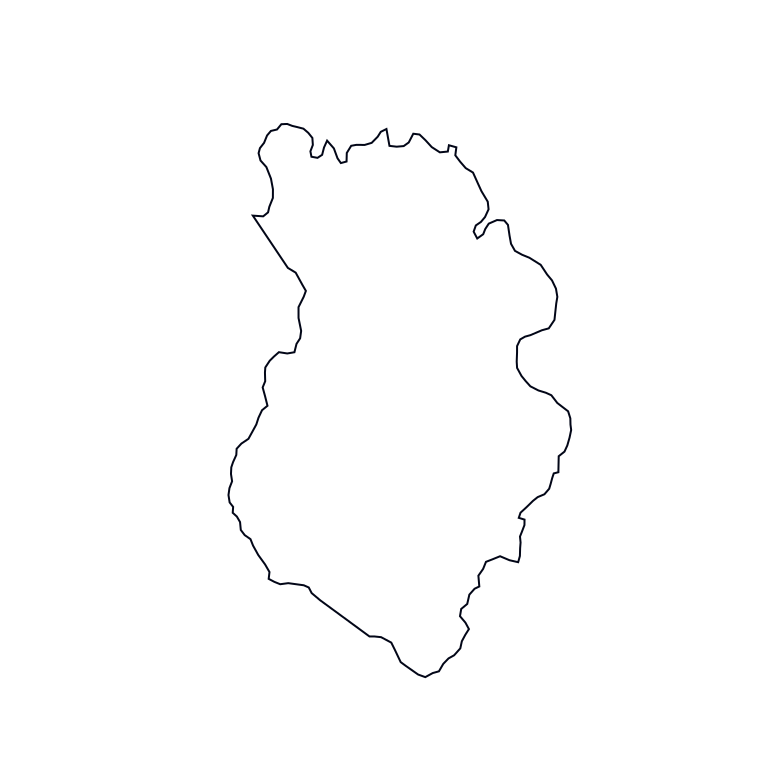 Santo Antônio da Barra, Goiás, Brazil (Natural Earth projection), rotated 330°
{"feature_id": "56859067B73524434673838", "entity_name": "Santo Antônio da Barra", "entity_type": "district", "adm_level": 2, "iso_a3": "BRA", "parent_name": "Brazil", "parent_adm1": "Goiás", "projection": "natural_earth1", "projection_center": [-50.62, -17.518], "detail": "fine", "context": "isolated", "style": "outline", "palette": "ink", "viewbox_px": 768, "rotation_deg": 330, "n_neighbors": 0, "source": "geoboundaries", "source_scale": "gbopen_adm2", "svg_char_len": 2758}
<svg xmlns="http://www.w3.org/2000/svg" viewBox="0 0 768 768"><g transform="rotate(330 384 384)"><path d="M559.6,209.7L555.5,214.6L548.2,211.3L543.8,202.7L541.8,193.6L539.5,185.7L534.5,181.9L526.2,187.2L520.0,187.8L513.6,184.8L507.8,180.5L513.6,164.4L507.3,164.0L502.2,166.7L493.9,169.0L486.8,167.3L479.7,163.1L474.7,161.3L467.3,165.3L462.8,172.6L457.1,171.1L456.6,165.3L458.4,154.9L456.4,144.8L450.3,149.2L445.0,154.6L439.5,154.9L434.8,150.9L436.6,145.7L441.9,141.4L445.0,135.1L444.0,128.6L441.9,122.6L437.2,118.0L433.6,114.6L430.2,110.4L425.0,107.7L418.6,110.1L412.6,108.3L407.0,110.3L400.7,115.2L394.5,117.7L390.8,121.4L388.8,128.7L390.6,137.3L388.8,149.6L385.2,159.8L380.8,167.3L373.3,173.2L369.4,177.4L363.2,178.4L354.6,172.6L358.8,235.4L363.2,243.4L362.9,257.3L362.9,264.3L358.1,268.3L348.4,274.7L343.0,284.1L338.8,296.6L334.2,302.5L328.3,305.5L322.3,311.7L315.5,309.2L308.9,303.9L302.4,305.2L296.7,306.7L289.5,310.3L286.6,314.6L282.5,322.2L277.2,326.3L274.9,335.1L272.2,344.6L265.3,345.7L258.5,350.4L253.2,355.2L246.3,359.4L239.2,363.7L230.7,364.3L224.0,366.4L220.6,371.6L214.2,376.2L210.1,379.8L206.5,385.4L203.8,392.3L198.1,396.9L193.8,402.4L191.1,409.4L191.9,415.0L188.6,419.9L190.3,425.2L190.3,431.6L187.0,438.8L187.8,445.2L190.8,451.6L189.8,458.5L189.6,469.2L190.8,480.8L190.8,489.6L186.7,495.1L190.1,500.5L194.0,505.5L201.5,508.6L213.9,518.2L217.1,522.6L216.8,528.9L220.6,539.4L245.2,595.4L249.4,597.8L254.9,601.8L261.0,611.6L260.5,619.5L259.4,633.2L262.1,639.4L268.3,652.7L273.2,658.5L281.7,658.7L287.9,660.3L295.4,656.0L302.7,653.9L309.1,654.0L317.9,651.1L322.8,645.7L329.1,641.8L335.0,638.7L335.2,631.4L333.7,623.1L338.4,617.4L346.1,616.1L352.6,609.1L360.1,606.6L365.3,607.0L369.9,597.2L377.4,593.7L383.4,589.0L389.8,590.0L398.4,591.2L404.6,599.4L411.1,605.4L415.7,600.9L419.9,594.1L423.0,589.6L425.5,584.1L429.7,580.8L435.1,576.4L437.9,571.7L433.8,567.3L437.9,563.7L446.0,561.9L454.6,559.7L460.5,558.8L467.8,559.7L474.7,557.3L478.3,553.9L482.5,549.7L486.3,546.3L490.9,547.6L499.2,533.9L506.5,532.8L512.0,528.9L517.9,523.2L523.1,517.4L525.2,512.4L528.2,506.9L529.8,499.7L526.9,492.7L524.6,487.1L523.3,477.4L519.8,472.5L514.5,466.8L509.6,459.2L508.1,452.1L507.1,445.8L507.3,436.6L510.1,431.0L515.0,423.2L518.2,417.7L524.3,413.5L529.8,413.5L535.2,414.9L547.6,416.4L554.5,418.2L563.7,413.7L569.1,406.3L573.5,400.3L577.7,395.2L580.6,387.4L581.3,378.3L580.0,370.7L579.3,359.2L573.0,347.3L568.2,341.1L564.0,334.2L564.1,326.1L566.9,318.3L570.9,308.2L569.9,302.5L563.8,298.5L554.9,297.5L549.2,300.4L544.8,303.9L537.5,304.6L537.8,296.9L542.8,292.6L549.0,292.1L555.0,289.9L561.9,285.0L565.0,278.0L564.8,265.8L565.6,257.3L566.8,245.4L562.7,237.9L561.1,229.6L560.1,221.6L565.0,215.2L559.6,209.7Z" fill="none" stroke="#020617" stroke-width="2"/></g></svg>